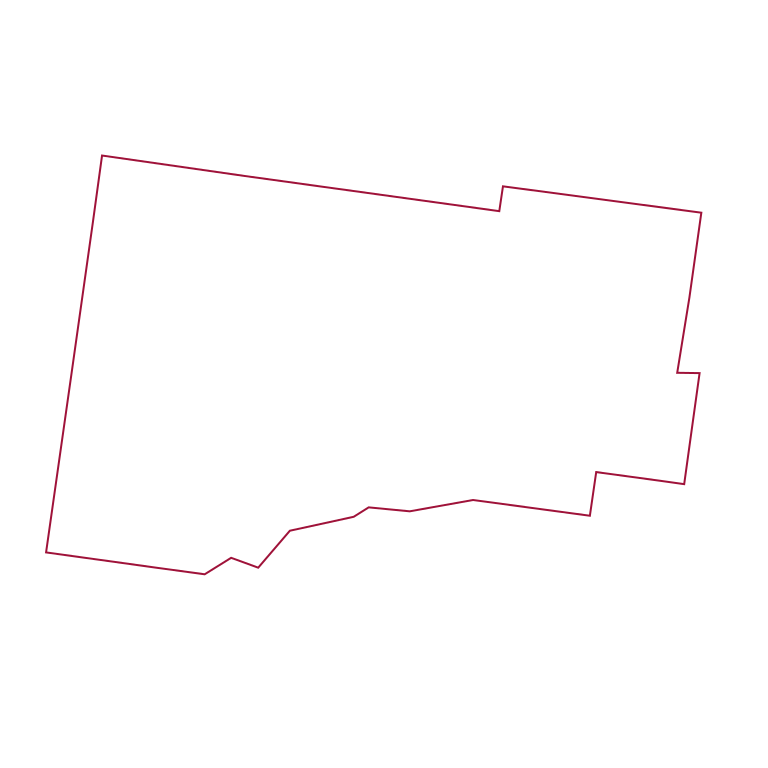 outline of Webster, Mississippi, United States of America, rotated 8°
{"feature_id": "52423323B29713004064405", "entity_name": "Webster", "entity_type": "district", "adm_level": 2, "iso_a3": "USA", "parent_name": "United States of America", "parent_adm1": "Mississippi", "projection": "albers", "projection_center": [-89.248, 33.6], "detail": "fine", "context": "isolated", "style": "outline", "palette": "rose", "viewbox_px": 768, "rotation_deg": 8, "n_neighbors": 0, "source": "geoboundaries", "source_scale": "gbopen_adm2", "svg_char_len": 471}
<svg xmlns="http://www.w3.org/2000/svg" viewBox="0 0 768 768"><g transform="rotate(8 384 384)"><path d="M73.2,264.6L73.1,419.6L72.8,597.8L186.1,597.6L232.9,597.4L256.8,577.4L285.0,583.4L311.2,542.4L372.5,519.7L386.0,508.3L427.2,506.5L488.2,486.5L606.2,485.8L606.4,441.7L673.4,441.4L695.2,441.4L695.1,394.1L695.0,329.3L672.8,332.1L674.4,255.9L674.4,170.2L474.3,171.7L474.1,196.8L217.4,197.4L73.0,197.0L73.2,264.6Z" fill="none" stroke="#9f1239" stroke-width="2"/></g></svg>